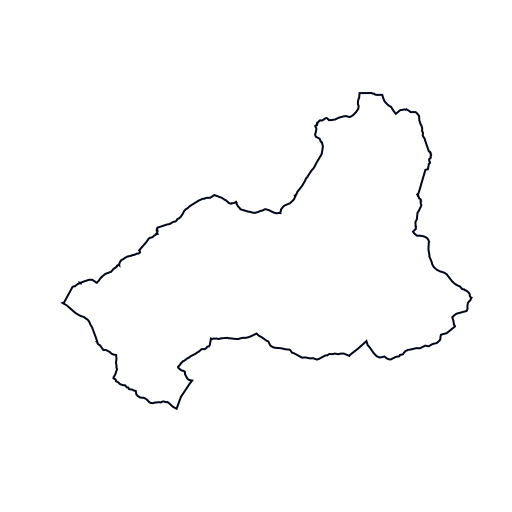 outline of Jibert, Brasov, Romania, rotated 166°
{"feature_id": "2599482B80511177545168", "entity_name": "Jibert", "entity_type": "district", "adm_level": 2, "iso_a3": "ROU", "parent_name": "Romania", "parent_adm1": "Brasov", "projection": "albers", "projection_center": [25.05, 46.001], "detail": "fine", "context": "isolated", "style": "outline", "palette": "ink", "viewbox_px": 512, "rotation_deg": 166, "n_neighbors": 0, "source": "geoboundaries", "source_scale": "gbopen_adm2", "svg_char_len": 6010}
<svg xmlns="http://www.w3.org/2000/svg" viewBox="0 0 512 512"><g transform="rotate(166 256 256)"><path d="M294.0,324.4L298.3,323.6L308.4,320.3L311.0,318.8L312.5,318.5L314.8,317.1L316.8,314.7L319.6,312.2L321.2,311.3L323.4,310.8L324.3,309.8L325.6,309.0L328.1,309.1L332.0,307.9L334.6,308.1L344.9,307.3L346.0,305.4L346.1,304.9L345.4,304.7L345.4,304.1L346.0,303.7L346.0,303.3L346.4,302.3L346.2,301.3L347.2,301.6L347.4,301.3L348.0,301.4L348.5,300.7L350.2,300.3L351.8,299.3L354.9,299.2L356.3,298.5L359.2,295.9L368.0,289.8L367.5,288.6L367.5,287.9L368.3,287.1L369.5,286.8L371.0,287.1L374.2,286.5L374.5,286.7L376.6,286.7L376.9,286.4L380.7,286.6L384.0,285.8L385.0,285.2L387.3,284.7L388.5,284.0L390.2,282.1L390.8,281.0L390.9,280.2L391.2,280.7L392.5,280.5L393.4,280.0L393.4,279.5L394.5,279.1L395.2,278.5L395.7,278.6L397.9,277.6L400.3,275.8L406.4,275.1L410.6,273.2L410.8,272.8L412.0,272.3L415.1,269.6L416.1,269.2L416.9,268.5L417.8,269.2L418.4,270.1L420.7,272.6L423.9,273.3L430.5,272.8L432.4,272.3L432.6,271.9L433.1,272.6L433.4,272.4L433.7,272.7L433.8,272.2L435.7,272.0L439.0,270.5L441.4,270.5L453.4,257.4L455.0,257.2L451.6,253.9L444.9,244.3L441.3,240.7L437.9,238.5L434.7,234.8L433.8,232.9L433.3,229.7L432.3,226.4L431.0,214.4L430.8,211.7L431.3,211.5L430.7,210.6L430.9,209.7L430.5,208.6L428.9,207.0L426.9,201.8L424.6,201.2L423.2,200.2L421.0,198.1L419.9,196.2L418.0,194.8L415.7,193.8L416.3,189.8L417.6,186.7L417.9,183.2L418.4,181.7L418.2,179.9L421.1,175.3L421.9,174.3L423.3,173.1L423.9,171.8L422.3,170.5L422.1,170.1L422.2,168.5L420.1,166.6L419.2,164.9L418.6,164.4L416.6,162.9L414.4,162.3L413.0,159.7L411.8,159.3L411.6,158.9L411.6,157.7L411.4,157.5L408.4,156.3L407.2,155.1L405.3,154.1L405.6,150.6L404.9,149.6L404.6,148.7L403.7,147.9L402.7,146.7L399.3,145.6L398.2,144.8L396.3,142.6L395.0,140.1L393.8,138.9L391.5,138.1L390.1,138.3L385.3,137.6L383.8,136.9L382.4,137.3L381.0,137.3L378.1,135.7L377.3,135.8L375.9,134.1L373.0,129.7L370.0,127.0L362.9,137.5L351.5,147.9L348.1,150.6L350.6,151.7L351.7,152.7L352.3,153.9L353.5,158.6L353.0,160.8L354.0,162.0L355.3,162.6L356.7,163.7L358.6,166.6L358.5,167.2L355.5,169.2L355.0,170.1L354.2,170.3L352.6,171.5L351.0,171.7L347.2,173.4L345.9,173.5L343.8,174.5L337.5,176.0L336.5,176.6L334.4,177.1L331.3,178.8L328.2,178.0L326.0,179.0L325.2,179.8L323.5,179.7L322.3,180.9L319.7,186.8L318.7,186.0L316.9,186.2L315.7,185.7L314.6,185.6L312.1,184.4L310.1,184.6L303.5,183.5L302.3,182.7L301.8,182.7L295.5,180.3L293.0,179.7L289.7,179.9L287.8,179.7L286.6,179.2L284.2,179.0L281.1,179.2L274.2,180.6L272.6,178.1L270.1,175.8L266.2,171.2L264.8,170.2L263.7,165.6L261.8,163.5L259.4,162.2L254.4,160.6L249.6,158.2L246.2,157.1L245.3,155.9L244.5,153.5L242.6,152.4L235.9,146.2L232.8,145.7L228.1,143.5L225.5,143.1L222.0,140.8L219.8,140.9L212.9,142.7L210.9,142.4L208.5,143.2L205.4,142.2L203.3,142.3L200.0,140.8L197.4,140.8L194.3,140.0L189.6,136.5L189.1,137.1L179.1,141.6L169.4,146.7L169.2,142.5L167.7,139.6L165.4,133.5L163.3,129.7L160.8,127.7L159.1,127.4L155.7,127.4L154.1,125.3L152.6,123.9L150.4,123.0L144.7,124.3L141.3,124.0L140.2,125.2L138.8,125.0L136.9,125.2L136.5,125.8L134.4,127.3L133.2,127.8L130.9,128.1L129.4,127.9L122.6,127.8L119.3,126.8L113.5,128.1L110.5,126.7L109.9,126.7L106.7,127.7L104.9,127.9L102.1,127.8L100.9,128.1L97.6,130.1L96.0,134.2L95.5,134.9L89.6,135.0L80.0,139.5L80.0,140.2L80.6,141.9L80.3,142.8L80.2,145.4L80.3,149.2L76.9,151.0L75.4,151.5L65.0,151.7L63.5,153.6L63.0,156.2L61.8,159.1L60.8,160.0L58.6,161.3L58.1,162.3L57.0,163.3L57.6,163.8L58.2,165.4L57.9,167.4L58.6,169.3L60.2,171.4L61.4,172.2L62.2,173.3L63.0,173.5L64.2,174.3L65.3,176.9L68.9,179.8L69.1,180.4L69.9,181.0L72.0,184.3L75.5,192.3L77.5,194.4L81.2,196.6L84.0,199.0L86.2,202.3L87.0,205.3L87.0,207.7L87.9,213.7L87.5,214.8L87.1,220.7L85.1,227.2L84.5,228.0L85.4,231.6L87.2,233.6L89.1,234.8L92.5,236.2L94.8,236.7L96.7,239.1L97.8,241.6L94.2,243.8L94.0,245.3L93.6,245.8L94.0,246.5L93.5,248.0L93.3,249.8L93.0,250.4L90.7,253.2L90.4,254.6L88.8,258.9L87.2,260.3L83.3,265.1L83.4,266.4L83.2,268.9L83.0,269.3L82.5,269.5L82.8,270.2L82.5,271.0L82.9,271.6L83.8,272.4L83.7,273.5L84.3,274.7L83.8,275.5L83.9,276.0L84.5,276.2L84.7,276.6L82.9,277.9L70.8,298.6L68.2,298.6L66.1,303.3L65.6,303.8L64.6,304.3L64.5,305.0L64.9,306.0L64.6,308.0L63.5,308.4L62.6,309.2L62.7,309.8L62.5,310.4L62.2,310.6L61.6,311.8L61.9,312.1L61.6,313.0L61.6,313.4L61.9,313.6L61.7,314.3L61.9,314.9L62.5,315.1L63.0,316.2L64.0,327.5L63.9,328.8L65.0,332.0L65.0,332.7L64.2,335.1L64.6,337.2L63.8,339.9L64.0,342.6L64.5,344.4L64.7,348.2L63.9,352.3L65.1,355.2L66.0,356.6L66.8,357.2L71.2,358.2L72.1,359.5L74.6,362.0L75.5,361.7L76.3,362.3L79.1,362.4L80.5,362.7L86.0,360.1L88.0,365.0L88.8,367.9L91.2,370.3L93.5,374.2L93.9,375.1L94.4,378.8L94.5,381.8L99.8,383.1L101.2,383.7L102.3,385.0L103.2,385.2L104.5,386.2L116.1,389.0L117.7,384.4L118.4,383.8L119.7,381.2L120.4,378.6L120.1,376.8L121.2,374.0L124.3,371.3L128.3,368.9L131.6,368.1L134.8,370.0L137.6,370.3L142.1,370.2L146.3,369.3L150.5,369.7L152.5,370.3L153.1,371.6L153.9,372.7L155.3,372.8L158.9,371.5L160.2,371.7L160.9,372.2L162.7,371.3L164.3,369.9L164.6,370.2L164.8,369.9L164.7,369.4L165.1,368.5L165.4,368.7L165.8,368.1L167.0,368.0L167.0,366.9L166.6,365.4L166.7,364.6L168.2,361.4L169.1,360.0L169.3,358.8L169.1,357.3L166.0,354.5L165.7,353.2L165.7,352.3L164.9,350.2L164.5,350.1L164.6,347.9L164.5,346.6L165.5,343.8L167.7,338.9L174.5,332.1L178.1,328.0L179.3,326.9L181.0,325.9L186.4,321.0L186.5,320.6L188.7,319.1L190.6,316.7L194.3,312.9L200.4,308.2L201.7,306.3L203.6,305.2L203.1,304.7L205.2,302.1L206.4,301.1L210.3,299.0L216.3,298.0L217.4,297.5L220.5,295.1L220.8,293.9L221.6,293.0L221.9,291.7L223.7,292.3L225.8,292.4L228.5,294.0L231.8,296.9L235.1,299.0L236.3,299.2L238.4,298.6L241.7,298.6L242.8,298.2L246.2,298.1L248.5,298.7L251.3,300.4L252.7,300.9L259.8,305.1L260.1,306.2L261.3,308.3L262.2,311.0L261.9,312.6L262.2,313.4L263.6,312.8L266.1,312.8L266.6,313.1L267.6,312.7L270.0,314.4L270.2,315.3L271.2,316.4L271.8,317.5L272.7,318.0L274.9,320.6L281.7,325.2L286.4,323.6L289.9,324.4L292.6,324.1L294.0,324.4Z" fill="none" stroke="#020617" stroke-width="2"/></g></svg>